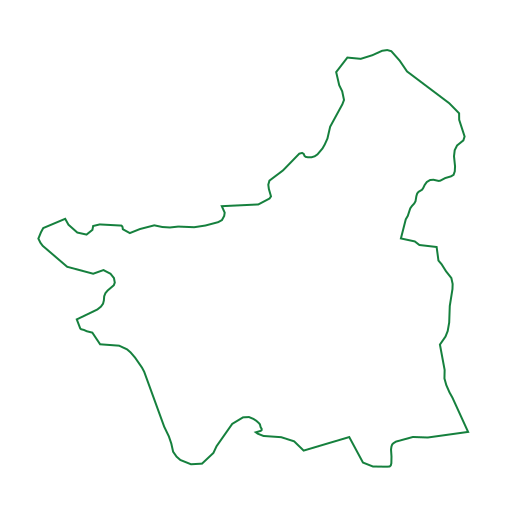 the Canton of Lucerne, rotated 182°
{"feature_id": "CHE-163", "entity_name": "Lucerne", "entity_type": "Canton", "adm_level": 1, "iso_a3": "CHE", "parent_name": "Switzerland", "parent_adm1": "", "projection": "natural_earth1", "projection_center": [8.13, 47.03], "detail": "fine", "context": "isolated", "style": "outline", "palette": "green", "viewbox_px": 512, "rotation_deg": 182, "n_neighbors": 0, "source": "natural_earth", "source_scale": "10m", "svg_char_len": 2294}
<svg xmlns="http://www.w3.org/2000/svg" viewBox="0 0 512 512"><g transform="rotate(182 256 256)"><path d="M408.7,162.3L416.9,173.7L422.5,174.9L425.4,176.1L428.2,176.7L429.1,177.4L432.9,186.4L412.7,197.0L409.2,200.0L407.2,203.0L406.5,206.2L406.3,210.5L405.2,213.6L403.0,216.4L397.1,221.8L396.2,224.5L397.2,229.0L400.8,233.2L408.0,236.6L418.1,232.6L444.3,238.6L469.5,258.7L471.9,261.7L474.1,265.8L471.7,272.3L469.6,276.5L448.0,286.5L444.5,280.7L435.4,273.2L426.1,271.5L420.4,276.4L419.8,280.3L413.3,282.1L391.6,281.7L390.7,280.9L390.4,280.2L390.0,278.1L382.9,274.5L372.9,278.9L358.7,283.1L350.6,281.7L343.0,281.5L334.7,282.7L318.8,282.6L307.6,284.7L295.0,288.5L291.3,290.7L289.2,294.9L288.8,298.2L291.9,304.6L255.5,307.6L244.5,313.9L243.1,316.1L245.5,323.5L246.2,327.7L245.2,331.8L232.0,342.5L216.3,359.8L213.5,360.6L211.9,359.7L211.0,357.7L209.8,356.8L207.7,356.5L204.0,356.6L200.8,357.7L198.1,359.7L193.3,365.8L191.2,369.8L188.7,375.9L186.4,387.8L175.0,410.6L173.5,415.0L175.6,423.6L178.8,429.6L182.3,442.6L171.6,457.5L158.2,456.7L146.8,460.7L137.1,465.5L132.0,466.4L127.9,465.4L119.2,456.2L111.5,445.7L68.2,415.4L58.0,405.7L57.7,399.2L51.7,382.7L52.8,378.8L58.9,373.5L61.1,368.7L61.6,362.6L60.2,352.5L60.3,347.5L61.4,344.0L63.9,342.4L69.6,340.5L74.5,337.7L76.1,337.4L81.4,338.4L84.7,338.0L87.9,335.9L89.9,332.9L91.3,329.7L92.4,328.0L95.8,325.8L97.1,324.1L97.8,321.5L98.5,316.3L99.7,314.0L102.0,311.3L103.5,309.0L105.7,301.4L107.6,297.9L111.8,278.6L97.8,276.1L93.1,272.7L75.8,271.3L73.5,257.8L70.2,254.2L65.6,247.4L60.0,240.8L58.5,234.9L58.5,229.8L60.6,212.8L60.6,196.3L61.8,187.7L63.8,182.1L69.1,173.9L63.5,148.7L63.4,140.2L61.3,133.6L57.8,126.3L54.8,121.4L37.9,87.6L78.0,80.6L92.9,80.6L109.6,75.4L112.1,73.7L113.1,72.7L113.5,71.9L114.0,70.2L114.3,67.3L113.6,60.3L113.5,53.6L114.0,51.4L115.1,50.3L117.8,50.0L131.8,49.7L141.9,53.3L156.5,78.3L201.6,63.2L211.4,72.1L224.5,75.8L242.2,76.4L248.1,78.5L250.0,79.8L245.2,81.4L244.3,82.2L244.3,83.4L245.4,85.1L246.2,87.9L247.4,89.2L249.9,91.3L252.9,93.1L257.4,94.8L263.3,94.3L273.9,87.4L288.8,64.5L291.7,57.7L302.7,46.6L313.7,45.6L324.5,49.5L328.4,52.7L332.0,57.5L334.1,65.6L336.8,72.7L341.8,82.2L363.7,136.4L366.0,140.4L373.3,150.2L378.0,155.3L381.6,158.2L389.7,161.6L408.2,162.3L408.7,162.3Z" fill="none" stroke="#15803d" stroke-width="2"/></g></svg>